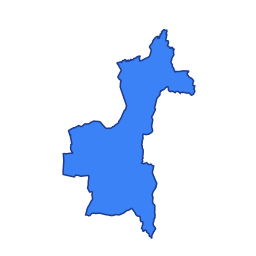 outline of Manica, Manica, Mozambique, rotated 11°
{"feature_id": "85939544B32725727804377", "entity_name": "Manica", "entity_type": "district", "adm_level": 2, "iso_a3": "MOZ", "parent_name": "Mozambique", "parent_adm1": "Manica", "projection": "natural_earth1", "projection_center": [33.017, -18.781], "detail": "fine", "context": "isolated", "style": "filled", "palette": "blue", "viewbox_px": 256, "rotation_deg": 11, "n_neighbors": 0, "source": "geoboundaries", "source_scale": "gbopen_adm2", "svg_char_len": 5839}
<svg xmlns="http://www.w3.org/2000/svg" viewBox="0 0 256 256"><g transform="rotate(11 128 128)"><path d="M143.7,25.6L143.2,26.2L143.0,27.1L142.6,27.5L143.0,28.2L142.6,29.3L142.2,29.6L141.8,29.7L142.1,31.3L141.6,31.6L141.4,32.1L141.7,33.4L141.6,33.6L140.7,33.8L140.4,34.3L140.0,33.7L139.9,32.4L139.7,32.4L139.0,32.6L138.1,33.5L137.0,35.0L136.7,36.0L136.3,36.3L136.2,37.4L135.9,37.5L135.8,38.8L135.4,40.2L133.9,43.1L133.7,44.4L134.2,45.2L135.5,46.2L135.8,47.0L136.0,48.2L135.6,52.4L135.1,53.8L134.6,54.5L130.0,57.9L129.8,58.3L127.7,59.5L126.6,59.8L126.6,59.1L126.3,58.5L126.1,57.6L125.6,57.1L125.7,56.4L126.1,56.0L126.2,55.3L125.9,55.1L125.3,55.8L124.5,55.6L124.4,55.9L122.9,56.8L122.3,57.8L120.5,58.7L120.2,59.2L120.2,59.8L120.0,60.1L119.3,60.1L118.0,60.8L117.8,60.7L117.7,60.2L117.5,60.3L117.1,61.5L115.8,61.4L115.9,61.8L115.2,61.7L115.2,61.8L115.4,62.1L115.2,62.5L114.7,62.5L114.2,62.1L113.9,62.2L113.4,62.9L113.2,62.8L113.2,62.0L113.0,61.8L112.3,61.4L112.0,61.4L111.2,62.5L110.1,62.7L109.5,63.7L109.4,64.3L109.1,64.7L108.8,64.4L108.4,64.4L104.9,66.2L105.2,66.9L107.1,68.5L108.0,70.0L110.0,72.0L110.4,72.6L108.3,79.8L108.9,80.7L110.3,81.9L112.1,82.7L112.0,85.2L112.6,89.4L122.2,106.1L122.3,108.4L122.1,109.9L121.8,110.8L121.2,111.2L120.0,116.0L119.5,118.8L118.5,121.6L117.9,122.7L117.6,124.7L117.1,125.5L115.0,127.5L114.1,128.9L112.7,129.7L112.2,130.5L111.5,131.3L106.9,132.5L106.5,132.5L105.9,132.2L102.3,129.6L100.6,128.1L99.3,127.3L98.4,127.2L92.9,127.8L92.1,128.5L90.5,129.5L88.7,131.5L85.8,132.0L84.7,132.4L83.5,133.8L83.1,134.6L82.4,135.3L81.7,135.5L80.7,135.5L80.2,135.1L79.3,135.0L79.0,135.1L78.3,135.8L77.1,136.6L76.0,137.8L74.7,138.1L72.7,139.6L70.5,141.6L70.2,142.0L72.1,145.8L72.7,145.6L73.0,146.0L72.8,146.5L72.9,146.9L75.7,153.7L75.9,154.7L75.1,155.1L75.4,157.9L75.6,159.1L76.1,160.3L77.4,162.0L78.3,162.8L78.4,163.2L78.2,163.4L75.7,163.9L72.7,165.0L70.1,165.3L69.4,165.6L71.2,172.2L72.4,181.6L73.2,186.0L84.5,186.3L84.9,185.8L85.5,184.6L85.9,184.2L87.5,184.0L90.9,184.4L96.8,182.5L98.4,182.3L98.6,182.5L99.1,184.6L99.2,188.0L99.8,191.5L99.8,194.8L102.5,198.2L104.2,197.5L104.8,197.5L105.1,197.8L105.4,198.8L105.2,200.0L106.8,204.4L106.6,205.3L105.7,207.0L105.0,209.9L103.7,213.5L103.4,215.0L103.0,221.4L104.5,221.2L106.3,221.6L106.8,221.5L107.4,221.1L108.5,219.0L109.4,218.5L111.3,218.0L112.7,218.1L115.8,217.1L117.2,217.0L122.5,217.3L124.9,217.1L128.0,217.2L130.0,216.7L132.4,215.4L136.2,214.9L140.5,211.8L142.1,209.6L144.7,208.3L145.3,207.8L146.2,206.5L146.6,206.3L147.8,206.8L149.1,207.9L151.1,209.9L152.3,211.5L153.2,212.2L154.2,212.6L156.2,212.5L156.5,212.7L157.2,213.9L157.5,214.7L157.5,215.5L158.2,217.1L158.7,217.4L160.2,217.3L160.7,218.3L160.7,218.7L161.0,219.5L160.7,221.2L160.7,222.8L160.4,223.9L161.6,224.7L162.1,226.2L162.8,226.4L163.1,226.3L163.8,225.3L164.8,224.9L165.1,225.0L166.3,226.5L166.9,227.0L168.6,227.7L168.9,228.2L169.3,229.5L169.7,230.1L171.8,230.9L172.0,231.4L172.4,231.1L171.9,229.9L172.1,228.8L172.1,227.6L172.6,226.9L172.9,225.1L173.5,224.2L173.4,223.4L174.2,222.2L174.2,221.3L173.7,220.9L173.5,220.4L171.6,218.9L170.8,217.0L170.7,216.4L171.0,215.7L171.0,214.6L171.1,213.7L170.9,212.2L171.6,211.1L171.4,210.5L171.3,208.9L171.1,208.4L171.0,207.4L170.3,206.3L170.2,205.0L170.0,204.4L170.0,203.0L169.7,202.4L169.5,201.0L169.2,200.4L169.3,199.5L168.7,198.4L167.7,198.0L167.2,197.6L166.3,196.0L165.9,193.9L165.9,191.7L165.3,190.8L165.3,190.3L164.7,189.8L164.5,189.4L164.6,188.4L164.5,187.5L164.9,185.7L165.4,184.2L166.2,182.5L166.8,180.6L166.5,180.5L166.8,178.5L166.8,176.9L166.2,175.9L165.6,175.3L160.4,167.3L160.5,160.4L158.8,160.1L157.8,159.3L157.4,159.1L155.7,159.9L155.2,159.9L153.2,158.6L152.4,158.8L150.3,160.0L149.7,160.1L149.0,159.7L148.2,159.8L148.8,158.2L148.5,157.6L148.5,157.0L147.9,155.9L148.2,155.1L148.5,154.6L147.8,153.3L147.9,153.1L147.7,150.1L147.1,146.6L145.7,144.7L145.5,143.0L144.9,142.4L144.6,141.8L144.8,140.3L144.5,139.3L144.6,138.6L144.4,138.0L144.6,136.7L144.7,135.2L144.5,134.2L144.3,134.0L144.1,133.4L144.0,132.0L144.2,131.1L147.3,131.0L149.7,130.0L151.9,127.9L152.4,127.2L152.6,126.5L152.7,125.9L152.3,124.9L151.1,122.6L150.8,120.8L150.8,115.4L150.4,114.5L149.4,113.4L149.2,112.2L149.9,110.5L150.6,107.6L151.4,105.0L151.2,104.0L150.4,103.5L150.2,102.5L150.4,100.7L150.6,94.2L150.9,92.9L152.1,91.1L153.0,89.3L152.7,87.0L153.0,85.4L153.6,85.4L154.3,84.4L155.1,84.0L156.3,82.9L157.2,81.3L158.1,80.4L159.2,79.9L159.5,80.1L160.1,81.4L160.4,83.0L161.2,83.8L161.7,83.9L162.3,84.2L162.9,84.2L163.5,83.7L164.5,83.5L166.5,83.9L167.2,84.3L167.5,84.3L167.5,83.7L168.9,82.8L170.4,82.6L172.6,84.0L172.8,83.4L173.2,82.9L174.4,82.8L175.2,82.3L176.1,82.5L177.3,82.4L179.0,82.5L180.3,82.3L181.2,81.9L182.0,82.3L183.1,83.3L184.2,83.7L185.1,83.0L186.0,82.0L186.0,80.9L186.6,79.8L186.6,79.3L186.0,77.9L185.0,77.0L185.5,76.0L185.4,73.8L184.2,74.2L183.9,74.1L183.5,73.3L183.2,72.0L183.2,70.5L183.4,69.4L183.1,68.8L182.7,68.4L182.0,68.1L181.4,67.3L180.3,67.0L179.9,66.7L178.6,66.5L177.7,65.8L176.9,64.8L176.0,64.4L175.7,63.7L175.7,62.8L176.7,61.4L176.7,60.7L176.0,60.6L171.1,61.4L169.2,62.2L168.2,62.5L167.2,63.0L165.6,63.0L164.2,63.7L163.6,63.9L163.3,63.8L162.8,62.7L161.7,61.8L161.6,60.8L160.8,60.2L159.8,58.9L159.4,57.3L158.1,56.0L157.5,54.8L157.6,53.6L157.9,52.5L157.7,51.0L158.0,50.3L158.2,49.5L159.0,47.9L158.9,46.7L158.4,45.9L158.2,44.4L157.6,42.9L158.2,42.3L158.3,41.9L157.8,41.6L157.4,41.8L156.7,41.8L156.4,41.5L156.5,40.7L156.3,40.5L155.0,40.6L154.8,40.7L154.7,41.5L154.0,41.7L153.1,40.7L151.8,39.9L151.0,39.8L150.9,39.4L151.1,38.9L151.1,38.4L151.3,38.1L151.5,37.3L151.4,36.2L151.0,35.7L151.0,35.0L150.4,34.8L148.7,35.1L148.3,34.3L148.3,29.9L148.1,29.3L148.3,29.0L148.1,28.6L147.4,28.5L147.2,28.1L147.6,27.2L147.6,26.6L147.8,26.1L147.7,25.3L147.3,24.9L147.3,24.7L145.7,25.0L145.1,24.6L144.4,24.8L144.2,25.4L143.7,25.6Z" fill="#3b82f6" stroke="#1e3a8a" stroke-width="1.5"/></g></svg>